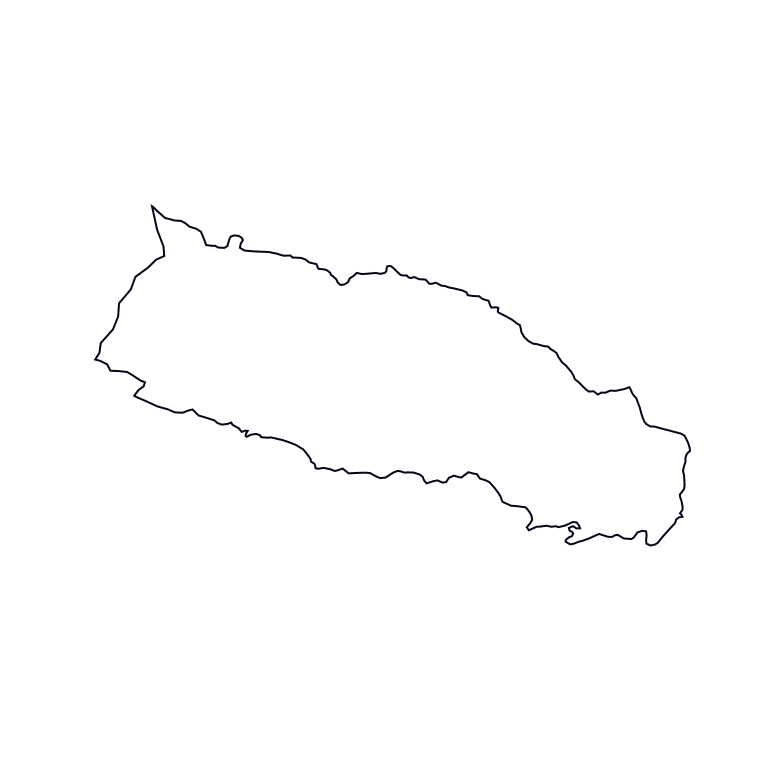 outline of Porkpa, Grand Cape Mount, Liberia, rotated 246°
{"feature_id": "62588387B76680524179510", "entity_name": "Porkpa", "entity_type": "district", "adm_level": 2, "iso_a3": "LBR", "parent_name": "Liberia", "parent_adm1": "Grand Cape Mount", "projection": "equal_earth", "projection_center": [-11.08, 7.305], "detail": "fine", "context": "isolated", "style": "outline", "palette": "ink", "viewbox_px": 768, "rotation_deg": 246, "n_neighbors": 0, "source": "geoboundaries", "source_scale": "gbopen_adm2", "svg_char_len": 4582}
<svg xmlns="http://www.w3.org/2000/svg" viewBox="0 0 768 768"><g transform="rotate(246 384 384)"><path d="M640.9,244.4L617.5,239.5L599.4,238.5L590.3,235.3L590.3,226.5L586.3,215.7L583.0,200.5L573.4,191.2L565.5,174.8L553.7,168.5L544.1,158.6L536.6,141.9L528.2,136.7L524.0,130.4L523.8,130.1L523.2,130.9L520.5,134.2L514.5,139.1L507.4,139.5L503.6,147.1L499.5,154.2L493.8,158.1L486.2,163.0L482.8,166.3L479.7,163.6L478.3,157.2L474.8,151.0L471.5,153.7L466.0,158.8L455.6,168.0L448.8,176.2L443.2,181.3L439.7,188.2L439.3,195.0L438.6,198.7L430.7,201.8L423.6,210.0L419.7,214.3L416.2,215.9L412.8,219.4L411.1,225.3L410.9,228.8L408.3,229.0L404.7,231.7L402.7,233.3L398.2,234.5L397.7,238.6L396.6,240.4L394.8,237.8L392.9,236.5L391.6,237.1L391.8,241.9L390.4,246.8L387.9,249.7L385.3,250.2L382.6,255.2L381.0,259.3L378.9,262.1L377.3,264.1L374.4,268.1L373.7,268.9L368.8,274.2L363.9,278.9L357.2,283.6L350.6,285.4L345.5,286.4L342.5,285.8L340.0,287.8L337.7,288.0L335.0,287.2L333.4,289.2L331.8,295.0L328.1,300.1L324.6,303.6L324.0,306.4L323.6,311.8L316.7,315.4L313.7,323.3L310.4,331.3L308.4,334.9L302.8,339.2L299.5,342.3L297.9,347.4L299.3,356.5L299.1,360.8L298.3,362.3L297.4,363.7L294.8,366.5L293.4,370.2L291.2,374.7L291.1,375.0L286.7,379.9L283.7,381.5L279.2,381.5L275.9,382.5L275.2,389.3L274.2,393.6L270.0,397.5L269.2,400.9L271.9,405.1L271.8,410.6L268.2,414.9L267.1,416.6L268.1,420.9L269.1,425.2L267.6,427.1L265.9,429.1L263.9,432.2L258.5,433.2L255.6,436.7L255.5,436.9L251.6,440.3L246.4,442.1L240.6,443.6L237.2,444.2L234.4,444.7L228.2,444.3L221.1,450.6L218.1,456.2L213.9,462.9L211.8,463.9L207.3,464.9L203.4,465.1L199.6,464.1L197.1,460.5L195.1,456.2L191.5,456.8L191.5,461.7L191.5,465.4L190.2,468.7L189.5,471.2L188.4,474.9L185.5,478.8L184.2,483.1L182.2,485.3L181.0,492.1L181.1,500.5L179.1,503.8L175.3,504.5L175.2,504.6L172.4,504.4L173.8,501.1L177.3,498.7L177.3,494.3L174.7,493.9L172.4,495.6L170.6,496.0L168.5,493.9L168.7,490.4L167.6,486.7L166.0,485.8L161.7,488.9L160.9,492.6L160.7,497.5L159.9,502.7L159.5,509.2L159.6,515.2L159.5,519.5L153.3,526.5L151.5,530.2L151.9,533.3L151.2,536.1L149.1,537.6L145.4,540.2L141.8,546.8L142.0,549.5L145.3,555.0L144.9,560.0L142.8,563.5L139.1,562.4L134.6,559.9L131.5,558.8L128.1,561.7L127.1,566.4L127.7,569.9L130.9,575.9L136.0,587.3L138.5,593.3L141.4,595.8L142.2,599.5L141.3,602.6L142.3,602.5L143.7,602.6L145.4,601.8L146.3,603.2L146.7,603.9L147.6,605.5L150.3,606.8L155.7,608.1L160.1,608.5L162.7,609.3L164.4,612.7L165.4,614.3L166.2,615.6L169.4,617.5L170.5,617.9L178.2,620.9L183.0,621.8L186.5,624.3L189.7,627.2L190.3,627.8L191.0,628.1L193.6,629.2L196.2,631.3L197.6,633.5L198.4,636.3L201.3,637.3L205.2,637.7L206.8,637.9L211.5,637.7L214.6,637.5L217.9,635.1L219.9,632.6L223.1,628.6L227.3,623.4L228.0,622.4L231.0,618.7L235.0,613.9L236.7,610.5L236.9,610.0L240.9,607.2L242.4,606.9L243.4,606.6L247.4,606.6L252.7,607.1L257.8,608.0L268.5,608.7L271.8,607.5L274.9,607.0L278.9,607.1L281.3,606.8L281.6,601.7L281.9,600.2L283.5,592.9L285.9,588.1L286.0,582.7L287.8,578.9L287.3,575.2L291.9,572.6L292.1,572.5L293.8,568.0L297.6,565.9L306.4,562.6L310.8,560.3L314.3,560.5L318.6,560.1L326.9,557.7L331.4,555.5L337.8,554.3L341.7,554.3L344.4,553.0L344.8,552.8L348.1,550.4L351.2,549.4L353.9,545.1L358.6,539.4L360.0,536.8L364.3,533.5L369.8,531.2L375.6,530.6L379.4,531.6L382.6,532.1L384.9,530.2L390.1,527.5L394.4,524.3L396.4,522.8L402.7,517.7L403.8,517.4L407.1,519.4L408.6,517.3L410.2,513.1L412.8,513.0L417.4,513.4L421.5,508.7L425.5,506.5L428.3,500.9L431.0,496.7L434.3,496.6L437.7,493.5L442.4,487.4L446.0,482.3L448.8,479.5L450.6,476.3L454.0,473.8L455.5,472.3L456.1,468.3L457.2,466.1L458.0,465.9L460.1,465.3L462.5,464.4L465.4,458.8L469.5,455.0L469.8,451.7L471.5,449.7L473.8,449.0L475.6,445.2L476.9,443.5L481.3,441.6L487.1,439.3L489.3,437.8L490.2,434.8L488.8,433.6L486.1,432.0L485.2,430.2L485.9,426.0L488.8,421.6L491.1,414.9L491.3,414.2L493.6,408.2L496.6,404.3L495.1,400.3L494.5,395.7L491.7,392.6L491.0,388.2L492.2,384.5L495.6,383.0L499.0,383.0L502.7,381.4L503.2,381.2L505.3,379.9L507.5,380.1L511.1,378.2L513.3,375.6L515.3,371.9L515.9,370.9L521.0,371.0L525.5,365.1L529.7,362.9L530.1,362.5L532.9,359.5L535.0,355.4L536.7,352.0L539.5,350.7L542.0,344.5L544.1,342.0L546.9,338.8L551.5,332.3L551.7,332.0L557.1,320.9L562.6,310.9L567.0,307.8L570.3,310.0L572.9,313.6L575.5,313.5L578.5,311.4L580.8,307.2L581.0,304.0L579.1,301.5L573.8,297.1L573.2,293.7L576.1,288.0L579.0,285.9L580.2,283.1L583.2,278.1L588.6,278.4L593.2,278.6L597.5,278.7L602.1,275.7L606.9,270.3L612.2,267.6L615.6,264.8L618.6,259.1L621.6,255.6L624.6,251.6L634.2,247.2L634.7,247.0L640.2,244.9L640.9,244.4Z" fill="none" stroke="#020617" stroke-width="2"/></g></svg>